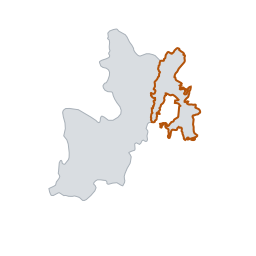 Tajikistan, with Leninabad highlighted, rotated 115°
{"feature_id": "TJK-369", "entity_name": "Leninabad", "entity_type": "Region", "adm_level": 1, "iso_a3": "TJK", "parent_name": "Tajikistan", "parent_adm1": "", "projection": "albers", "projection_center": [69.514, 39.97], "detail": "fine", "context": "in_parent", "style": "outline", "palette": "amber", "viewbox_px": 256, "rotation_deg": 115, "n_neighbors": 0, "source": "natural_earth", "source_scale": "10m", "svg_char_len": 8887}
<svg xmlns="http://www.w3.org/2000/svg" viewBox="0 0 256 256"><g transform="rotate(115 128 128)"><path d="M43.1,179.5L44.1,177.3L44.6,169.9L45.9,167.4L49.5,162.9L51.4,159.4L53.5,156.6L55.0,155.7L56.5,153.5L57.6,150.9L58.0,149.3L57.9,148.1L57.5,147.2L53.0,142.8L51.7,140.0L51.0,136.4L50.9,134.0L53.4,127.3L53.0,126.2L52.3,125.1L50.9,124.4L48.9,124.1L44.4,124.3L42.7,123.9L42.2,123.5L42.1,120.4L41.6,119.8L40.9,119.2L35.8,117.6L34.8,117.0L34.7,116.2L36.6,109.4L37.4,109.0L39.4,106.7L43.6,104.8L57.3,107.6L59.5,107.9L61.1,107.7L62.1,106.9L64.0,104.7L65.3,98.5L66.4,98.3L67.5,98.6L68.1,98.1L68.5,96.6L69.0,96.4L69.8,97.2L70.7,96.5L70.6,95.9L69.6,94.9L68.8,93.3L69.2,92.1L72.7,91.5L73.1,91.0L73.0,90.1L72.1,89.5L65.4,89.7L65.0,89.1L65.2,88.5L65.7,88.1L72.7,86.9L79.1,88.0L80.2,87.7L78.9,84.9L80.6,84.7L80.9,83.8L78.6,76.5L79.9,75.8L81.1,74.4L81.0,71.7L82.1,70.3L83.4,69.4L85.4,70.4L88.4,73.0L90.3,73.7L100.1,68.7L103.7,66.5L104.3,65.6L105.5,62.3L106.2,62.1L107.1,62.4L112.1,68.0L112.1,68.7L111.6,69.3L111.7,69.8L114.3,71.0L114.3,71.5L113.4,73.2L105.9,79.8L105.6,81.9L106.3,82.6L109.4,83.7L111.1,87.1L112.3,87.4L119.3,86.2L119.4,86.7L119.1,87.7L114.3,89.5L112.1,91.0L111.7,93.6L111.1,94.4L110.1,95.0L109.1,95.1L107.6,92.1L96.3,87.5L86.1,90.8L84.7,93.1L85.1,95.2L84.9,96.2L83.8,96.5L80.9,94.7L80.2,96.2L79.1,101.0L80.3,103.9L80.7,108.2L84.6,108.0L87.7,106.7L89.3,106.7L91.8,107.2L96.1,107.3L100.4,107.2L101.2,106.3L102.1,106.6L102.9,107.6L106.4,106.4L108.9,106.2L111.4,106.9L114.4,111.4L116.0,112.0L120.8,111.4L122.2,108.9L123.4,108.2L127.1,107.5L130.1,105.5L131.7,105.3L132.5,105.9L132.8,106.8L132.5,109.1L133.6,109.9L136.5,110.0L138.0,110.7L137.9,114.2L139.2,115.1L139.8,115.1L144.1,112.7L145.3,112.6L147.9,115.3L149.9,116.9L150.3,116.6L151.2,114.8L152.8,112.9L157.6,111.5L159.3,111.2L164.9,111.7L170.4,111.5L173.4,111.0L175.7,109.7L176.9,108.7L178.8,108.1L182.6,108.3L182.8,109.9L182.3,115.0L184.5,118.7L187.1,121.7L187.4,122.7L187.2,123.6L185.7,124.4L185.2,125.3L185.0,126.3L185.5,127.4L186.6,131.0L187.8,133.7L189.5,135.0L191.9,135.8L193.3,135.5L194.1,133.4L195.6,131.7L199.1,131.5L204.8,133.1L210.4,135.5L212.1,136.9L212.8,138.6L211.5,142.6L211.7,145.1L212.2,147.8L213.6,149.7L215.0,153.0L215.4,155.9L216.4,157.6L215.7,162.9L216.2,163.7L220.8,167.2L221.5,169.1L220.6,170.4L219.0,172.1L216.3,174.1L212.1,170.6L210.4,169.5L207.1,170.1L202.8,169.2L200.6,169.4L199.4,170.8L198.5,172.1L196.4,172.7L188.6,175.6L186.2,175.5L185.6,174.9L186.0,173.9L187.7,172.7L188.0,171.3L187.6,170.0L181.7,168.6L179.4,169.0L175.3,170.8L167.8,175.4L164.6,178.4L162.3,182.9L155.1,184.5L150.1,187.2L145.1,191.4L141.7,193.7L140.1,194.1L138.4,193.7L136.7,192.7L135.0,189.3L132.4,180.7L133.8,166.2L134.7,160.3L135.5,158.2L135.5,156.8L134.7,156.1L133.2,156.2L130.9,157.1L129.2,157.2L128.2,156.7L128.2,154.0L129.3,149.0L127.4,144.9L122.5,141.6L118.3,140.5L114.9,141.6L112.1,144.3L109.8,148.7L107.4,152.3L105.0,155.0L102.6,156.9L102.2,158.1L103.6,161.7L103.5,164.8L102.0,167.3L100.4,168.5L98.6,168.4L97.1,167.9L96.1,166.8L93.2,166.5L88.4,167.0L85.2,168.3L83.5,170.3L83.0,173.0L83.7,176.3L83.3,178.8L80.6,181.6L79.7,181.8L77.6,180.3L74.5,177.0L72.3,175.2L71.1,174.9L69.8,175.4L69.0,176.8L68.0,177.2L66.5,176.9L65.2,177.2L64.4,178.2L62.2,179.4L58.3,180.8L56.2,182.2L55.8,183.8L55.2,184.5L54.0,184.2L50.5,186.4L47.8,185.6L44.9,182.8L43.2,180.4L43.1,179.5ZM113.5,98.9L111.5,100.1L110.2,100.0L108.6,97.8L108.4,97.2L112.6,98.0L113.4,98.2L113.5,98.9ZM112.0,65.0L111.3,65.1L110.0,63.7L109.6,62.7L110.1,62.4L111.1,63.1L111.9,64.3L112.0,65.0Z" fill="#d9dde1" stroke="#a8b0b8" stroke-width="1"/><path d="M119.4,86.2L119.8,86.9L119.5,87.7L118.7,88.3L118.0,88.5L116.7,88.3L116.4,88.4L115.8,88.8L115.6,88.6L115.3,88.9L114.4,89.7L114.1,89.9L112.6,90.4L112.0,91.0L111.9,91.8L111.9,92.7L111.7,93.8L111.4,94.3L111.0,94.7L110.6,95.0L110.1,95.2L109.1,95.3L108.8,95.4L108.6,95.7L108.5,96.4L108.3,96.6L107.8,96.5L107.6,96.1L107.6,95.5L107.8,95.0L108.1,94.5L109.2,93.8L109.6,93.1L109.3,92.6L108.8,92.2L108.2,92.0L106.4,91.8L105.5,91.4L104.6,91.3L104.2,91.1L103.2,89.9L102.7,89.6L102.2,89.6L101.0,89.7L100.5,89.5L97.2,87.3L96.3,87.3L87.2,90.6L86.8,90.6L86.4,90.6L86.3,90.4L86.0,90.0L85.8,89.9L85.7,90.1L85.6,90.8L85.1,91.5L84.7,92.2L84.6,93.0L84.7,93.9L84.9,94.3L84.9,94.7L85.4,95.7L85.5,96.1L83.2,96.9L82.1,95.0L81.4,94.2L81.1,94.1L81.0,94.4L80.9,94.7L80.4,95.7L79.3,98.9L79.1,100.1L79.0,101.3L79.2,101.9L79.5,102.3L79.9,102.6L80.3,103.0L80.4,103.5L80.5,104.1L80.4,107.8L80.7,108.5L81.6,108.1L81.8,107.9L81.9,107.5L82.2,107.4L82.9,108.0L83.4,108.2L84.4,108.0L85.3,108.0L85.8,107.8L86.2,107.6L86.9,106.9L87.3,106.7L89.4,106.6L90.4,106.7L91.3,107.0L92.3,107.6L93.2,107.9L95.0,107.5L96.0,107.6L96.7,107.9L96.9,107.7L97.2,107.2L97.6,106.8L98.1,106.7L98.6,106.7L99.1,106.8L99.9,107.3L100.3,107.4L100.7,107.3L100.9,107.0L101.5,105.5L101.9,105.3L102.1,105.6L102.2,106.1L102.2,106.6L102.0,107.7L102.0,108.2L102.4,108.3L102.8,108.2L104.9,106.7L105.2,106.5L106.0,106.7L106.3,106.6L106.6,106.3L108.0,105.8L108.4,105.8L108.7,105.9L109.2,106.4L109.5,106.5L109.9,106.6L110.8,106.4L111.2,106.4L111.8,106.9L112.1,107.5L112.6,109.0L111.7,109.6L111.4,109.8L111.2,110.1L111.0,110.6L110.5,110.8L109.1,111.1L108.9,111.6L108.6,111.8L108.3,111.9L105.9,112.6L104.9,112.7L104.7,112.6L104.2,112.2L103.9,112.2L103.8,112.3L103.6,112.6L103.4,112.9L103.2,113.2L100.7,114.4L100.1,114.8L100.0,114.7L99.9,114.1L99.8,113.9L99.7,113.8L99.4,113.7L99.1,113.8L98.4,114.1L97.7,114.6L97.4,114.5L97.2,114.1L94.4,114.5L94.1,114.8L93.6,115.6L93.1,116.0L92.7,116.2L92.0,116.0L91.8,115.9L91.5,115.2L91.0,115.3L89.3,116.2L89.4,116.5L89.9,117.0L90.0,117.4L89.9,118.7L89.7,119.2L89.5,119.6L88.9,120.1L88.9,120.4L89.0,120.7L88.9,120.9L88.6,121.0L87.8,121.3L87.5,121.4L86.8,122.0L86.7,122.0L86.5,121.9L86.4,121.6L86.6,120.9L86.6,120.5L86.6,120.2L86.4,119.6L86.3,119.3L85.4,118.5L85.1,118.5L83.1,118.7L82.7,118.9L82.4,119.1L82.2,119.4L82.1,119.8L82.1,120.9L82.0,121.1L81.8,121.2L81.4,121.2L79.1,121.1L78.7,121.2L78.2,121.5L76.4,122.4L75.9,122.9L75.1,123.3L73.8,123.0L73.2,122.7L71.7,122.3L70.4,122.2L68.9,122.3L68.7,122.2L68.4,121.9L67.9,121.8L65.7,122.7L64.1,122.6L63.9,122.6L63.7,122.8L63.3,124.1L62.6,124.6L62.2,125.3L61.9,125.6L61.1,125.9L60.6,126.0L60.0,126.0L58.6,126.5L57.7,126.1L57.4,126.1L57.1,126.2L55.7,126.7L55.3,126.9L54.1,126.9L53.5,127.0L53.0,126.4L52.3,124.6L51.9,124.1L51.7,124.1L51.1,124.1L50.7,124.4L50.3,124.5L50.0,124.4L49.6,124.1L49.4,124.0L49.0,123.8L48.7,123.8L46.2,124.6L45.6,124.6L42.6,124.1L42.1,123.6L42.0,122.9L42.3,120.5L42.3,120.1L42.1,119.7L41.6,119.8L41.4,119.7L41.0,119.1L40.1,118.7L38.1,118.6L35.3,117.5L34.7,116.9L34.5,115.7L34.6,115.0L35.0,114.7L35.4,114.7L35.6,114.6L35.8,113.6L36.1,112.6L36.2,111.5L36.3,110.3L36.7,109.1L36.9,108.8L37.2,108.8L37.9,108.9L38.2,108.7L38.3,108.6L38.1,107.3L38.6,106.8L40.5,106.6L42.7,105.1L43.6,104.8L44.7,104.8L52.7,107.1L56.2,107.2L58.1,107.9L59.2,108.0L60.4,107.9L61.9,107.6L62.3,107.4L62.1,106.8L62.4,106.3L63.4,105.7L64.0,105.1L64.3,104.5L64.4,103.8L64.7,98.9L65.0,98.2L65.6,98.4L66.4,97.7L66.7,98.0L67.4,99.0L67.7,99.2L67.8,99.0L67.9,98.5L68.1,98.0L68.5,97.9L68.8,97.3L68.8,96.8L68.3,95.7L68.0,95.1L68.0,94.5L68.1,94.3L68.6,94.6L69.1,95.6L69.4,97.0L69.9,97.8L70.9,97.4L70.9,96.7L68.8,93.8L68.7,93.5L68.7,93.3L68.7,92.6L68.7,92.4L68.2,92.1L68.2,91.8L68.5,91.2L68.9,91.5L69.4,92.5L69.7,92.4L70.5,91.7L71.0,91.5L72.7,91.8L73.2,91.7L73.4,91.3L73.5,90.9L73.4,90.4L73.2,90.0L72.2,89.2L66.5,90.3L65.7,90.0L64.6,89.3L64.0,88.6L64.5,88.3L66.8,87.7L67.3,87.7L68.6,87.9L69.2,87.8L70.0,87.4L70.4,87.2L74.2,86.6L74.8,86.7L76.3,87.5L78.4,88.1L79.5,88.2L80.4,87.8L80.4,87.1L78.7,85.5L78.6,84.6L79.3,84.6L80.1,84.9L80.9,84.8L81.1,83.3L80.9,82.6L80.7,82.0L80.1,80.9L79.8,80.4L79.4,78.7L78.4,77.1L78.4,76.5L79.3,75.9L80.7,75.8L81.0,75.6L81.1,75.2L81.0,73.5L81.0,72.4L81.1,71.5L81.5,70.7L82.1,70.0L82.4,69.7L82.8,69.5L83.5,69.2L83.9,69.3L84.5,69.8L84.9,70.1L85.6,70.1L86.2,70.6L87.1,72.0L87.3,72.3L87.9,72.7L88.2,73.0L88.8,74.0L89.1,74.3L89.8,74.5L90.5,74.3L91.0,73.8L92.0,72.6L92.4,72.2L92.9,72.0L97.2,70.6L99.4,68.9L101.7,67.9L103.4,66.9L104.7,65.4L105.3,62.2L106.1,61.9L107.2,62.4L108.0,63.3L108.8,64.0L113.2,68.9L113.2,69.5L112.7,69.3L111.9,68.7L111.5,68.7L111.2,69.1L111.3,69.6L111.7,70.1L113.8,70.6L114.7,71.1L114.4,72.4L114.1,72.6L113.9,73.0L113.3,73.2L111.3,74.9L110.5,75.9L110.2,76.2L109.2,76.6L108.9,76.9L108.3,77.9L108.1,78.2L106.3,78.7L105.6,79.1L105.2,79.7L105.3,80.5L106.0,81.5L105.6,82.5L106.8,83.0L107.3,83.2L108.7,82.9L109.2,83.1L109.8,84.1L110.2,85.5L110.6,86.8L111.5,87.5L112.5,87.5L113.5,87.4L116.8,86.4L118.9,86.2L119.4,86.2ZM108.4,97.2L108.8,97.2L111.6,98.1L112.4,98.1L113.2,97.8L113.5,97.9L113.6,98.4L113.6,99.0L113.4,99.2L112.6,99.4L111.9,99.7L110.7,100.7L109.9,99.5L109.7,99.2L108.9,98.6L108.6,98.2L108.4,97.7L108.4,97.2ZM109.9,62.6L110.6,62.8L111.1,63.3L111.4,63.8L111.7,64.6L111.8,65.1L111.3,65.0L110.9,64.6L110.2,63.7L109.8,63.3L109.6,62.7L109.9,62.6Z" fill="none" stroke="#b45309" stroke-width="2"/></g></svg>